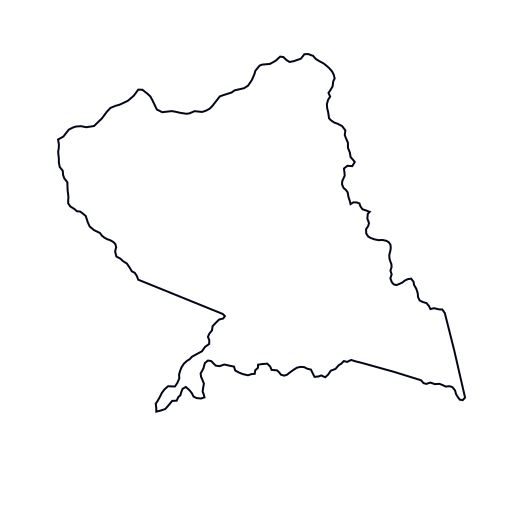 Novo Oriente, Ceará, Brazil, rotated 76°
{"feature_id": "56859067B35881063339483", "entity_name": "Novo Oriente", "entity_type": "district", "adm_level": 2, "iso_a3": "BRA", "parent_name": "Brazil", "parent_adm1": "Ceará", "projection": "albers", "projection_center": [-40.749, -5.598], "detail": "fine", "context": "isolated", "style": "outline", "palette": "ink", "viewbox_px": 512, "rotation_deg": 76, "n_neighbors": 0, "source": "geoboundaries", "source_scale": "gbopen_adm2", "svg_char_len": 3947}
<svg xmlns="http://www.w3.org/2000/svg" viewBox="0 0 512 512"><g transform="rotate(76 256 256)"><path d="M95.1,419.9L99.8,420.2L103.7,421.3L106.8,422.7L109.9,423.2L113.6,423.7L117.8,424.7L122.1,424.9L126.6,422.9L130.8,423.6L134.4,423.2L138.8,421.2L142.4,422.0L147.3,423.0L150.3,423.3L153.7,423.8L156.6,424.8L159.4,425.5L163.0,424.2L166.4,420.9L169.3,418.9L170.3,415.9L172.9,413.8L176.0,411.5L179.3,411.3L182.6,411.1L187.2,410.2L191.7,406.9L196.0,401.8L199.0,400.6L201.6,398.6L203.7,396.3L205.3,393.8L207.7,391.2L210.3,389.6L213.7,389.6L217.5,391.6L222.7,391.6L225.8,388.2L228.9,386.2L232.1,383.1L237.0,381.3L240.8,380.2L243.0,377.7L246.4,376.5L250.5,376.0L304.2,302.3L306.8,300.7L308.7,302.9L308.7,307.1L310.8,310.7L313.5,315.0L317.6,316.8L320.0,320.0L322.8,322.2L326.3,321.7L330.0,322.7L331.9,327.5L335.4,331.5L336.4,335.6L337.5,339.7L338.3,342.6L340.1,345.3L341.0,348.2L343.0,352.0L346.1,355.3L349.4,357.6L352.1,359.2L356.3,360.1L360.3,363.2L363.0,366.2L361.1,372.9L363.3,377.1L366.1,380.5L369.5,383.4L373.0,386.7L375.0,389.0L379.2,389.5L382.9,390.4L382.9,385.6L382.5,381.0L379.0,376.0L376.3,372.4L377.2,368.0L374.1,365.5L372.8,363.0L369.3,361.0L367.1,359.3L366.1,355.8L369.8,353.2L373.4,351.5L377.3,350.6L379.5,348.0L381.0,343.7L380.7,340.2L377.6,340.2L374.7,340.6L371.6,339.4L367.2,337.4L363.0,338.0L360.1,338.5L356.7,338.2L352.3,334.2L347.5,331.5L345.8,327.9L347.2,324.8L350.0,323.2L352.6,321.6L354.1,318.0L353.6,313.0L355.7,308.9L358.0,304.1L362.0,303.9L365.0,300.7L367.5,297.2L369.8,292.6L369.5,288.8L370.0,285.7L366.8,284.5L365.0,281.2L362.0,280.3L362.3,276.3L363.2,271.1L366.6,269.0L370.3,268.4L372.0,263.3L374.5,261.7L377.2,260.5L378.9,257.6L378.7,254.6L377.4,251.8L375.5,247.1L374.3,243.4L374.3,239.8L375.5,236.1L377.8,233.5L379.5,230.2L383.2,229.4L387.4,228.5L388.0,224.6L387.7,221.6L390.4,218.2L388.6,214.8L385.4,211.2L384.8,206.2L382.0,202.2L381.1,199.3L379.2,196.2L380.8,193.2L379.9,188.8L382.3,184.9L385.2,179.4L401.7,150.3L416.5,125.9L419.9,124.2L421.3,121.7L421.0,117.4L423.6,113.5L424.4,109.0L426.2,106.4L428.6,103.5L429.1,99.8L430.8,97.1L434.6,95.4L438.5,95.3L441.9,94.2L444.7,93.0L445.9,90.4L444.0,87.4L395.1,86.5L357.1,86.6L353.0,88.2L352.0,91.5L349.7,95.9L349.7,99.6L346.6,100.2L342.9,102.0L340.8,105.6L338.6,108.0L335.1,108.7L331.3,108.1L326.6,108.4L322.4,109.6L319.1,109.4L315.5,111.0L315.2,114.4L315.8,117.4L317.2,120.6L317.7,123.3L318.2,126.7L316.9,129.2L314.2,130.6L310.1,131.0L306.6,128.8L302.7,129.1L299.5,127.1L296.6,126.6L293.6,127.0L290.6,127.1L287.2,126.4L283.5,124.4L280.8,123.3L277.5,122.8L274.7,123.9L272.7,126.0L271.0,129.5L270.3,133.2L268.5,137.0L266.3,140.3L264.3,142.4L260.8,143.6L256.6,142.7L254.1,139.9L251.4,138.4L246.6,138.9L242.1,137.3L240.7,135.0L238.7,137.8L236.4,141.4L233.0,142.7L230.1,142.9L228.4,145.3L227.5,148.5L228.5,151.7L225.3,151.7L221.0,152.0L216.4,151.7L213.8,152.7L211.1,154.6L207.4,155.2L204.2,154.2L199.5,150.5L196.6,150.0L192.4,149.5L190.6,145.5L192.1,140.9L188.7,137.4L185.7,138.8L183.0,140.3L178.5,139.9L173.3,140.6L168.3,139.4L163.2,140.3L160.0,140.6L155.8,138.9L150.8,141.0L147.5,144.7L145.5,147.7L142.8,150.2L140.1,151.8L134.0,151.2L129.9,151.2L125.8,150.5L121.8,148.2L119.3,145.5L115.3,146.2L113.2,143.8L109.9,140.6L105.2,138.8L102.7,136.7L99.1,136.7L95.4,137.5L91.3,139.6L88.7,141.4L85.5,143.8L82.1,147.6L79.3,150.3L75.6,152.2L72.7,156.5L71.9,160.2L75.4,164.7L76.1,172.4L75.8,176.6L73.2,179.0L69.6,181.3L68.4,184.3L71.4,189.9L73.0,196.0L71.8,203.6L72.1,206.4L76.1,211.8L79.1,213.5L84.3,217.5L88.8,222.5L90.3,227.0L90.1,236.6L91.5,240.3L92.0,248.8L92.4,252.5L100.2,262.5L101.9,265.5L102.9,269.4L103.2,273.4L100.6,280.6L101.5,286.1L101.2,289.0L98.7,295.0L96.5,299.3L95.0,302.8L93.8,312.2L89.8,316.8L79.9,318.8L75.6,319.9L72.1,322.2L67.2,326.0L66.1,330.0L70.9,335.8L74.4,342.8L76.2,351.7L76.3,356.1L77.1,361.4L80.1,366.0L85.2,372.2L90.7,381.7L90.0,389.5L87.7,394.4L86.8,399.5L87.1,402.8L88.1,407.1L93.5,414.0L95.1,419.9Z" fill="none" stroke="#020617" stroke-width="2"/></g></svg>